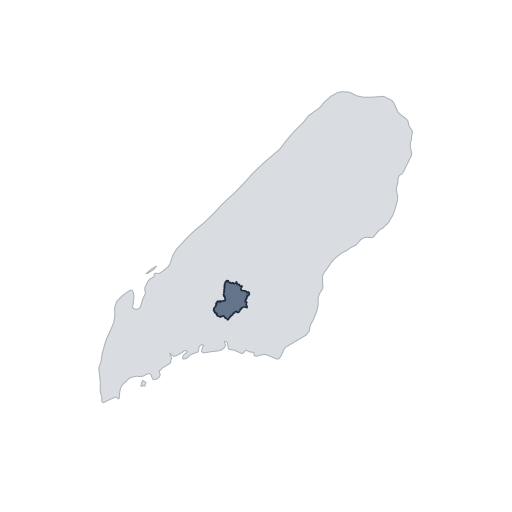 Maevatanana, Betsiboka, Madagascar (highlighted), rotated 208°
{"feature_id": "10022922B61824869015313", "entity_name": "Maevatanana", "entity_type": "district", "adm_level": 2, "iso_a3": "MDG", "parent_name": "Madagascar", "parent_adm1": "Betsiboka", "projection": "mercator", "projection_center": [47.013, -17.22], "detail": "fine", "context": "in_parent", "style": "filled", "palette": "slate", "viewbox_px": 512, "rotation_deg": 208, "n_neighbors": 0, "source": "geoboundaries", "source_scale": "gbopen_adm2", "svg_char_len": 8594}
<svg xmlns="http://www.w3.org/2000/svg" viewBox="0 0 512 512"><g transform="rotate(208 256 256)"><path d="M331.1,65.1L332.4,68.1L333.9,71.0L338.6,78.0L340.6,80.7L342.3,83.5L343.1,89.2L346.1,98.1L349.0,111.5L349.8,125.3L350.7,131.6L352.9,137.6L356.5,143.8L357.7,150.7L355.5,157.8L352.3,164.5L351.5,165.8L350.0,167.5L349.3,167.4L346.7,165.7L344.6,162.8L342.0,156.2L341.0,152.8L339.9,152.2L336.9,152.5L334.6,154.6L334.2,156.0L334.7,159.7L335.5,163.1L335.9,166.6L336.0,170.9L336.8,172.2L338.0,173.3L339.3,176.1L339.5,182.9L338.8,186.3L336.6,189.2L336.7,190.9L337.5,192.5L336.7,193.6L333.9,194.8L332.7,196.0L331.1,198.9L328.6,205.1L328.2,208.2L329.8,217.7L329.4,224.5L326.1,237.4L324.3,243.6L321.7,251.0L317.6,260.7L313.6,273.0L310.2,285.6L307.7,293.2L304.9,300.7L301.0,314.0L297.7,327.6L292.7,342.5L286.0,359.3L285.2,361.4L283.8,370.0L282.3,377.5L280.5,384.9L276.7,397.1L276.2,400.9L275.4,404.6L271.7,412.3L270.1,415.2L269.0,418.2L268.4,422.1L267.3,425.8L264.6,432.7L260.6,438.7L257.9,440.9L252.0,444.0L249.0,444.6L242.4,444.7L236.0,446.5L229.3,450.0L222.9,453.9L220.4,455.8L217.7,456.9L209.2,457.1L206.6,456.2L198.1,449.7L194.8,448.7L188.6,447.8L186.7,447.2L185.0,446.4L182.5,443.0L177.4,440.1L176.2,439.2L175.5,437.2L175.0,435.1L173.7,432.7L172.7,428.2L171.1,425.0L166.5,419.5L166.0,417.7L165.6,411.8L165.7,407.8L165.3,400.5L165.8,397.0L167.4,394.0L166.8,390.6L165.1,387.1L164.4,383.5L163.1,380.2L158.3,374.3L157.2,371.3L156.4,368.3L154.6,358.9L154.3,355.7L154.6,348.8L155.3,345.2L156.5,342.8L156.8,340.9L157.5,339.3L158.7,338.1L159.4,336.6L161.2,327.8L163.5,325.9L166.9,324.7L169.6,322.4L171.2,319.4L172.7,313.0L177.0,306.7L178.5,303.4L182.0,298.4L185.0,291.4L186.0,288.1L186.6,284.7L187.4,277.3L188.0,273.6L187.9,269.9L186.1,266.2L182.0,259.4L181.8,258.1L182.2,253.1L181.8,249.4L180.3,245.8L178.3,242.4L176.4,236.0L175.4,225.5L175.6,221.7L175.1,218.3L173.7,215.1L174.7,209.5L187.1,189.2L187.5,186.9L187.0,180.7L187.3,177.1L187.7,175.8L188.6,175.0L190.8,174.6L200.8,173.7L202.1,173.1L204.6,171.4L208.1,168.1L209.7,167.2L211.0,167.5L211.9,168.9L213.0,169.7L217.1,168.2L218.6,168.2L220.2,168.4L221.0,167.0L221.4,165.2L222.0,163.9L223.1,163.2L228.3,162.8L231.6,162.3L236.0,161.0L236.9,161.2L240.4,165.8L241.4,166.2L242.8,166.4L243.9,165.6L241.1,163.2L240.7,161.8L240.8,160.3L242.4,156.9L244.9,154.4L250.5,150.6L256.3,146.1L258.0,145.8L259.5,146.5L260.6,151.8L260.4,152.6L261.4,152.7L262.5,152.1L263.4,150.0L263.5,148.2L262.7,146.5L262.3,145.1L262.3,143.8L265.2,140.7L267.6,137.8L268.6,134.2L269.6,132.6L272.0,130.8L272.7,131.1L273.3,132.6L273.6,134.1L273.0,135.7L272.1,137.3L271.7,139.3L273.1,139.7L274.4,139.2L276.3,135.5L278.5,132.0L279.8,130.1L281.4,128.9L284.2,129.1L286.8,129.9L282.5,126.2L281.4,121.1L286.5,112.3L286.6,110.5L287.3,109.9L287.7,109.2L285.0,106.3L284.5,104.8L284.9,102.6L286.1,100.6L287.3,99.2L288.9,98.7L290.2,99.4L293.1,101.9L295.0,102.2L297.3,99.9L299.2,97.0L302.0,95.0L305.3,93.7L310.2,89.2L313.4,79.6L313.7,76.8L313.0,73.4L311.8,70.2L309.9,66.2L310.4,65.3L313.1,65.8L314.0,65.3L316.9,61.7L321.8,54.9L323.3,54.9L324.7,56.2L325.2,58.0L326.2,59.4L329.4,62.6L331.1,65.1ZM297.4,91.9L297.5,93.0L293.8,92.6L293.2,88.9L295.0,88.8L295.4,87.3L296.5,87.2L297.7,90.4L297.4,91.9ZM342.3,195.1L339.1,200.5L340.0,196.0L343.7,189.5L344.7,189.0L342.3,195.1Z" fill="#d9dde1" stroke="#a8b0b8" stroke-width="1"/><path d="M269.5,220.9L270.0,220.6L269.8,220.5L269.5,219.9L270.0,219.8L270.5,219.6L270.6,219.4L270.6,219.1L270.8,218.8L270.7,218.5L270.9,218.3L270.8,218.0L270.1,217.6L270.1,217.4L270.2,217.0L270.4,216.8L270.4,216.6L270.6,216.3L270.4,215.9L270.2,215.8L270.0,215.5L270.0,214.9L269.9,214.4L269.6,214.1L269.7,214.5L269.3,214.6L269.1,214.0L268.9,213.7L269.1,213.5L269.2,213.3L269.1,213.2L268.8,213.2L268.8,212.9L268.6,212.7L268.6,212.3L268.4,212.0L268.4,211.9L268.6,211.8L268.6,211.5L268.5,211.4L268.3,211.4L268.3,211.2L268.2,210.8L267.9,210.4L267.5,210.2L267.4,210.3L267.2,210.2L267.3,209.7L267.5,209.5L267.6,209.3L267.5,209.2L267.2,208.7L266.7,208.0L266.6,207.1L266.7,206.8L266.5,206.7L266.2,206.3L266.0,205.8L265.9,205.7L265.8,205.8L265.6,206.0L265.1,206.1L264.9,206.0L264.8,205.6L264.8,205.2L264.6,205.2L264.4,205.4L264.2,205.0L264.0,204.7L263.6,204.6L263.6,204.1L263.3,203.9L263.1,203.3L262.9,203.3L262.5,202.8L262.4,202.8L262.5,202.4L262.4,202.1L262.7,201.7L262.9,201.4L263.5,201.4L263.6,201.0L263.6,200.9L263.8,200.9L264.0,200.9L264.6,200.4L264.9,200.3L265.4,199.6L265.7,198.9L266.0,199.3L266.5,199.6L266.7,199.4L266.7,198.6L266.8,198.6L267.0,198.5L267.0,198.1L267.2,197.9L267.9,198.4L268.2,198.4L268.6,198.1L268.9,197.8L268.9,197.5L268.8,196.8L268.9,196.6L268.5,196.3L268.8,196.0L268.6,195.9L268.6,195.5L268.7,195.1L268.8,195.0L268.6,194.9L268.2,194.9L268.3,194.5L268.5,194.4L268.4,194.1L268.1,193.9L268.3,193.6L268.1,193.5L268.1,193.4L267.9,193.0L268.0,192.6L268.0,192.2L268.4,191.5L268.5,191.1L268.5,190.6L268.4,190.4L268.3,190.2L268.5,190.0L268.6,189.8L268.4,189.6L268.3,189.4L268.0,189.1L268.1,188.9L267.9,188.5L267.9,188.2L267.9,187.9L267.4,187.8L267.2,187.9L267.1,187.7L266.7,187.8L266.5,187.6L266.4,187.6L266.3,187.4L266.0,186.8L265.8,186.9L265.6,186.6L265.3,186.5L265.2,186.6L265.1,186.9L264.9,186.8L264.6,186.9L264.5,186.6L264.2,186.5L264.1,186.3L263.8,186.3L263.6,186.5L263.5,186.0L263.2,185.9L263.1,185.7L262.8,185.8L262.7,185.4L262.4,185.2L262.3,185.6L261.9,185.3L261.6,185.3L261.1,185.1L260.8,185.2L260.7,185.2L259.7,185.2L258.6,186.3L258.2,186.4L258.2,186.1L257.9,186.5L257.7,186.8L257.5,187.2L257.1,187.1L256.9,187.7L256.8,187.8L256.6,187.7L256.4,187.8L255.7,187.8L255.6,187.6L255.3,187.6L255.0,187.4L254.9,187.3L254.8,187.1L254.6,187.0L254.4,187.0L254.0,186.9L253.9,186.7L253.6,186.6L253.1,186.9L252.8,186.9L251.8,186.9L251.6,186.7L251.2,186.3L250.8,186.6L250.6,186.9L250.6,187.2L250.6,187.5L250.5,187.8L250.6,188.1L250.6,188.7L250.5,189.0L250.6,189.5L250.3,189.9L250.0,190.0L250.0,190.5L250.1,190.9L249.9,191.0L250.1,191.3L250.0,192.0L249.1,192.8L248.9,193.2L248.9,193.3L249.2,193.8L249.3,194.2L249.1,195.1L248.7,195.3L248.3,195.4L248.2,195.5L248.4,195.8L248.4,196.0L248.4,196.6L248.3,196.9L247.8,197.5L247.6,197.6L247.4,197.8L247.2,198.0L247.0,197.9L246.7,197.4L246.2,197.4L245.9,197.8L245.7,197.8L245.3,197.6L245.1,198.1L244.9,198.4L244.7,198.5L244.6,198.8L244.6,199.1L244.5,199.5L244.5,200.0L244.6,200.7L244.7,201.3L244.9,201.4L245.0,201.6L244.6,201.9L244.4,202.0L244.2,202.1L244.3,202.2L244.5,202.4L244.4,202.7L244.4,203.1L244.2,203.1L244.2,203.3L243.7,203.8L243.7,204.2L243.3,204.8L242.9,205.1L242.4,205.4L241.8,205.9L241.6,205.8L241.0,205.8L240.6,206.0L240.2,206.1L239.7,206.1L239.6,206.4L239.7,206.6L240.0,206.9L240.5,207.7L241.3,208.0L241.6,208.4L241.9,208.5L242.4,210.8L242.9,211.1L243.2,211.1L243.4,211.1L243.6,211.2L244.0,211.0L244.1,210.8L244.2,211.0L244.3,211.0L244.3,211.3L244.4,211.5L244.5,211.5L244.5,211.8L244.5,212.0L244.8,212.4L244.8,212.6L244.5,212.8L244.6,213.0L244.4,213.2L244.6,213.3L244.5,213.7L244.2,213.9L243.9,214.0L244.1,214.0L244.2,214.4L244.2,214.6L244.4,215.0L244.5,215.0L244.5,215.3L244.8,215.6L245.0,215.6L245.0,215.8L245.0,216.3L245.1,216.5L244.9,216.7L244.8,216.9L244.7,216.9L244.9,217.2L244.8,217.3L244.6,217.3L244.6,217.5L244.5,217.8L244.1,218.1L243.9,218.4L244.0,218.4L244.0,218.6L244.0,218.8L244.1,219.0L244.3,219.3L244.4,219.8L244.5,219.8L244.5,220.0L244.9,220.0L245.1,220.5L245.4,220.4L245.7,220.6L245.8,220.5L246.0,220.5L246.1,220.4L246.2,220.2L246.3,220.0L246.3,219.7L246.5,219.6L246.7,219.4L246.8,219.6L246.8,220.0L247.1,220.0L247.3,220.1L247.7,220.0L248.2,220.2L248.5,219.9L248.9,220.0L249.0,220.1L249.3,220.2L249.8,219.9L249.9,219.7L250.1,219.8L250.3,219.7L250.6,219.6L251.0,219.4L251.5,219.3L251.8,219.0L252.0,219.0L252.1,218.9L252.7,219.1L253.0,218.9L253.3,218.9L253.5,219.0L253.7,219.4L253.8,219.5L254.0,219.9L254.1,220.3L254.0,220.9L254.0,222.0L253.9,222.4L254.2,222.9L254.4,222.9L254.7,222.5L254.9,222.5L254.9,222.4L255.1,222.5L255.3,222.3L255.3,222.2L255.7,222.0L255.9,222.0L256.1,222.1L256.4,222.1L256.5,222.3L257.0,222.4L257.1,222.6L257.2,222.4L257.4,222.5L257.5,222.7L257.6,222.8L257.9,222.6L258.0,222.6L258.4,222.6L258.6,222.5L258.8,222.7L259.1,222.7L259.5,222.1L260.0,222.8L260.3,223.0L260.5,223.3L260.5,223.6L260.8,223.9L261.2,223.9L261.1,223.0L261.3,222.4L261.9,221.9L262.5,221.1L262.9,221.1L263.1,221.3L263.3,221.3L263.5,221.4L263.6,221.6L263.8,221.5L263.9,221.3L264.2,221.3L264.4,220.6L264.9,220.3L265.1,220.3L265.4,220.5L265.6,220.6L265.8,220.5L266.1,220.5L266.2,220.3L266.4,220.4L266.6,220.1L266.8,220.2L267.0,220.0L267.3,220.1L268.1,220.5L268.6,220.5L268.6,220.8L268.8,220.9L269.1,220.9L269.1,221.1L269.4,221.0L269.3,220.9L269.5,220.9Z" fill="#64748b" stroke="#1e293b" stroke-width="1.5"/></g></svg>